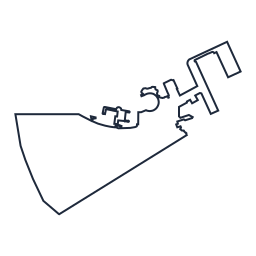 13, Ad Dawhah, Qatar
{"feature_id": "91078587B12401503508412", "entity_name": "13", "entity_type": "district", "adm_level": 2, "iso_a3": "QAT", "parent_name": "Qatar", "parent_adm1": "Ad Dawhah", "projection": "orthographic", "projection_center": [51.541, 25.292], "detail": "fine", "context": "isolated", "style": "outline", "palette": "slate", "viewbox_px": 256, "rotation_deg": 0, "n_neighbors": 0, "source": "geoboundaries", "source_scale": "gbopen_adm2", "svg_char_len": 3353}
<svg xmlns="http://www.w3.org/2000/svg" viewBox="0 0 256 256"><path d="M24.1,156.2L25.3,159.8L33.0,179.0L43.4,200.9L58.8,214.0L59.2,214.2L113.4,180.6L138.7,164.9L161.6,150.7L186.7,135.1L186.4,134.7L186.4,133.2L186.0,132.8L185.7,132.9L184.0,131.2L184.0,130.9L183.7,130.5L181.9,130.5L180.2,129.1L181.0,127.6L180.7,126.7L180.5,126.3L177.3,127.3L177.0,126.5L176.8,126.1L176.2,124.4L177.9,123.7L177.3,121.5L183.8,119.4L185.1,120.3L192.1,118.1L192.7,117.1L188.9,115.0L185.8,116.0L180.4,117.8L179.0,116.4L179.0,106.9L186.9,102.6L186.9,101.5L190.1,99.8L192.1,103.3L197.8,100.1L195.2,95.5L199.9,93.0L201.4,93.4L210.8,113.9L218.2,110.6L196.0,61.8L195.4,61.7L195.0,61.6L194.7,61.3L194.6,61.0L194.6,60.5L194.7,60.1L195.1,59.9L195.5,59.7L207.8,53.7L209.3,53.2L211.8,52.1L212.3,51.9L212.8,52.0L213.4,52.2L213.9,52.6L214.2,53.2L216.5,52.1L228.1,77.3L240.6,71.5L228.6,45.2L227.1,41.8L189.3,59.4L188.6,60.1L187.9,61.1L187.5,62.3L187.4,63.5L187.6,64.6L197.3,86.1L179.9,95.5L176.8,88.9L177.4,88.6L173.5,80.1L173.0,80.3L172.8,80.3L171.4,79.8L171.2,79.8L170.9,79.8L167.3,81.6L163.8,83.3L163.8,83.6L167.4,92.2L168.5,94.5L168.8,95.4L168.6,95.6L168.2,95.8L168.7,97.0L168.8,97.5L168.3,97.7L168.1,97.2L167.5,96.3L167.3,96.2L165.9,96.9L165.2,96.9L164.7,97.1L164.4,97.4L164.2,97.6L163.7,97.7L163.2,97.8L162.6,98.0L161.6,97.8L160.2,97.5L159.7,97.3L159.4,97.1L159.2,96.8L159.1,96.4L159.2,96.1L159.2,95.9L158.5,95.7L157.9,95.5L157.5,95.3L157.0,93.3L157.1,92.9L157.3,92.5L157.7,91.6L157.6,90.6L157.5,90.3L155.7,89.5L155.5,89.2L155.3,88.6L155.2,87.9L155.2,87.1L154.8,87.0L154.0,87.0L152.8,86.8L151.8,87.0L151.0,87.8L150.4,87.9L149.1,88.2L147.9,88.6L147.0,88.7L145.5,88.2L143.4,88.5L142.5,89.6L141.5,91.2L141.3,91.6L141.5,92.6L141.8,92.9L143.0,93.8L143.1,94.0L143.0,94.3L141.1,95.1L141.5,96.2L143.9,95.3L143.8,95.1L145.6,94.4L146.7,93.9L147.7,93.6L148.7,93.4L149.8,93.3L150.8,93.3L151.9,93.5L153.1,93.8L154.1,94.3L155.1,95.0L156.0,95.7L156.8,96.7L157.4,97.6L157.8,98.3L158.2,99.1L158.5,100.4L158.7,101.7L158.7,103.0L158.4,104.5L157.9,105.8L157.1,107.2L156.2,108.4L154.7,109.6L153.5,110.3L152.4,110.7L150.9,111.0L149.5,111.1L148.1,110.9L146.8,110.6L146.0,110.2L141.2,112.2L139.7,112.2L138.3,112.2L138.2,122.7L138.2,124.3L137.0,124.3L137.0,124.9L136.9,125.8L136.8,126.2L136.5,126.5L135.0,127.1L130.3,127.9L118.4,128.3L116.5,127.5L117.3,125.3L121.3,126.8L121.5,126.0L117.7,124.5L118.2,120.4L125.0,121.1L125.0,121.4L125.9,121.4L126.7,121.5L127.6,121.7L128.1,121.9L128.5,121.8L128.9,121.5L128.9,121.1L128.5,120.8L128.1,120.6L127.9,120.7L127.7,120.9L125.9,120.5L125.7,120.4L124.8,120.2L125.7,112.1L128.8,112.4L129.0,112.5L129.3,112.5L129.5,112.3L129.6,112.0L129.6,111.7L129.2,111.3L121.3,110.0L121.2,109.3L121.0,108.5L120.4,107.9L119.7,107.5L119.0,107.2L118.3,107.2L117.8,107.3L117.2,107.6L116.8,108.0L116.4,108.6L116.2,109.2L105.0,107.0L104.4,107.0L103.9,107.3L102.6,113.4L102.7,113.7L102.9,113.9L103.1,114.0L103.3,114.0L103.4,113.7L103.5,113.4L104.1,113.3L104.2,113.7L104.2,114.0L105.0,114.1L106.0,109.3L106.3,109.2L111.9,110.3L113.0,110.6L117.7,111.5L117.1,116.5L115.3,116.3L114.3,123.8L116.3,124.0L114.9,127.3L112.9,127.1L110.1,126.7L105.2,125.7L100.6,124.4L97.9,123.6L92.1,121.1L92.9,118.8L95.6,118.3L95.6,117.4L90.9,116.3L91.2,118.3L91.8,119.3L91.8,119.5L91.8,120.1L91.5,120.9L82.5,116.3L78.7,114.2L15.4,114.2L20.6,145.9L24.1,156.2Z" fill="none" stroke="#1e293b" stroke-width="2"/></svg>